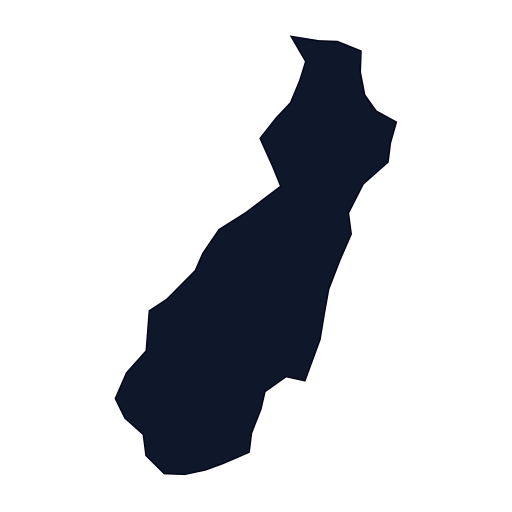 the district of Politiko, Nicosia, Cyprus, rotated 182°
{"feature_id": "46923920B8384928890729", "entity_name": "Politiko", "entity_type": "district", "adm_level": 2, "iso_a3": "CYP", "parent_name": "Cyprus", "parent_adm1": "Nicosia", "projection": "natural_earth1", "projection_center": [33.22, 35.002], "detail": "fine", "context": "isolated", "style": "filled", "palette": "ink", "viewbox_px": 512, "rotation_deg": 182, "n_neighbors": 0, "source": "geoboundaries", "source_scale": "gbopen_adm2", "svg_char_len": 726}
<svg xmlns="http://www.w3.org/2000/svg" viewBox="0 0 512 512"><g transform="rotate(182 256 256)"><path d="M228.6,476.7L213.1,452.2L218.3,433.1L226.8,410.4L240.6,394.7L256.0,373.7L242.3,345.8L233.7,326.6L268.0,298.7L293.8,281.2L309.2,256.8L316.1,239.4L343.5,209.7L360.7,197.5L362.4,157.4L381.3,134.7L391.6,108.6L381.3,89.4L362.4,73.7L359.0,52.8L340.1,35.3L319.5,35.3L298.9,40.5L281.7,47.5L256.0,59.7L254.3,78.9L245.7,103.3L242.3,120.8L221.7,136.5L202.8,133.0L189.1,174.8L185.7,201.0L182.2,225.4L171.9,255.1L161.6,281.2L165.1,302.2L151.3,331.8L127.3,354.5L125.6,373.7L120.4,394.7L141.0,405.1L153.0,420.8L158.2,443.5L158.2,464.5L182.2,473.2L201.1,473.2L228.6,476.7Z" fill="#0f172a" stroke="#020617" stroke-width="1.5"/></g></svg>